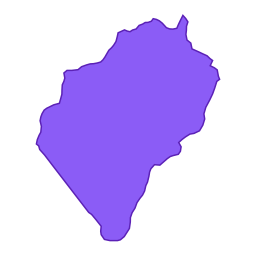 outline of Motuca, São Paulo, Brazil
{"feature_id": "56859067B60316508863288", "entity_name": "Motuca", "entity_type": "district", "adm_level": 2, "iso_a3": "BRA", "parent_name": "Brazil", "parent_adm1": "São Paulo", "projection": "natural_earth1", "projection_center": [-48.163, -21.521], "detail": "fine", "context": "isolated", "style": "filled", "palette": "violet", "viewbox_px": 256, "rotation_deg": 0, "n_neighbors": 0, "source": "geoboundaries", "source_scale": "gbopen_adm2", "svg_char_len": 1589}
<svg xmlns="http://www.w3.org/2000/svg" viewBox="0 0 256 256"><path d="M129.4,228.5L130.3,222.0L130.4,217.6L132.1,212.7L135.0,208.1L137.0,202.6L139.8,198.5L142.6,195.0L144.6,191.0L145.8,185.7L147.5,182.1L148.9,176.3L149.6,172.0L150.9,168.7L154.5,164.7L159.9,165.1L167.2,158.7L170.3,156.5L173.4,155.5L178.3,154.3L180.4,151.3L181.1,146.8L178.7,142.5L182.0,139.5L185.6,136.8L189.9,134.1L194.0,133.4L199.5,130.8L202.8,125.2L204.7,119.0L203.9,113.9L205.8,107.3L209.8,99.8L212.6,93.9L214.7,88.1L216.8,81.4L219.6,79.3L218.4,76.3L217.2,69.9L214.4,67.8L210.2,65.7L212.6,60.5L210.0,58.6L207.1,55.8L202.7,53.8L198.9,52.0L192.0,48.9L190.8,43.1L187.0,40.0L185.9,34.4L186.4,30.2L186.5,26.2L187.9,21.9L185.8,18.6L182.9,15.4L180.3,20.6L178.6,24.1L176.8,28.3L172.9,29.1L169.6,28.9L166.4,27.7L162.3,23.2L159.3,20.8L156.4,19.4L153.2,18.7L151.4,21.2L148.1,22.4L145.2,22.5L142.6,24.1L139.1,25.4L136.1,29.0L132.6,30.0L130.0,31.7L127.3,31.1L124.5,29.9L121.0,31.5L118.1,32.8L117.3,36.5L116.0,41.5L113.6,45.3L111.5,47.8L108.9,50.2L106.8,53.8L104.9,57.1L103.0,59.8L100.7,62.0L97.3,63.0L93.5,63.7L90.2,63.9L86.6,64.9L81.6,66.7L78.0,69.7L71.9,70.4L67.0,70.4L63.9,73.0L64.8,78.1L63.9,81.3L62.3,84.8L62.0,89.7L61.9,94.2L60.8,98.3L59.4,103.3L53.8,104.8L46.8,108.2L44.2,110.1L42.1,113.6L40.8,117.1L40.1,120.7L41.4,126.4L40.8,132.2L39.1,135.3L37.3,139.7L36.4,144.0L38.7,145.9L39.7,149.5L44.6,155.0L52.7,165.6L88.7,212.4L91.6,214.4L96.1,219.8L101.2,226.3L100.7,231.2L101.2,234.7L104.4,239.4L110.0,240.6L112.9,240.6L117.5,240.6L120.4,239.8L124.3,236.5L129.4,228.5Z" fill="#8b5cf6" stroke="#5b21b6" stroke-width="1.5"/></svg>